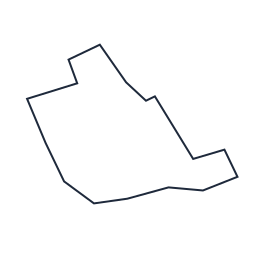 the district of Urgench city, Khorezm, Uzbekistan, rotated 337°
{"feature_id": "79887680B89988624723633", "entity_name": "Urgench city", "entity_type": "district", "adm_level": 2, "iso_a3": "UZB", "parent_name": "Uzbekistan", "parent_adm1": "Khorezm", "projection": "mercator", "projection_center": [60.587, 41.514], "detail": "fine", "context": "isolated", "style": "outline", "palette": "slate", "viewbox_px": 256, "rotation_deg": 337, "n_neighbors": 0, "source": "geoboundaries", "source_scale": "gbopen_adm2", "svg_char_len": 358}
<svg xmlns="http://www.w3.org/2000/svg" viewBox="0 0 256 256"><g transform="rotate(337 128 128)"><path d="M134.6,40.3L100.0,41.8L98.7,67.0L46.5,61.7L46.3,109.5L48.3,152.2L67.2,184.1L99.7,192.8L142.1,198.5L172.6,214.8L209.7,215.7L208.3,185.6L175.9,181.9L165.1,109.4L155.2,109.9L144.1,85.2L134.6,40.3Z" fill="none" stroke="#1e293b" stroke-width="2"/></g></svg>